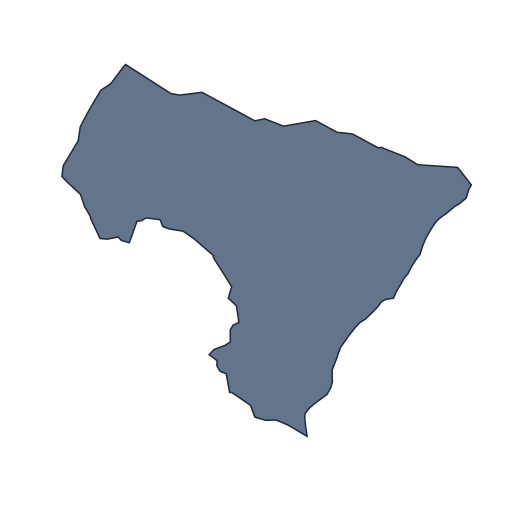 outline of Umuahia South, Abia, Nigeria, rotated 188°
{"feature_id": "59680162B33788323646847", "entity_name": "Umuahia South", "entity_type": "district", "adm_level": 2, "iso_a3": "NGA", "parent_name": "Nigeria", "parent_adm1": "Abia", "projection": "albers", "projection_center": [7.437, 5.501], "detail": "fine", "context": "isolated", "style": "filled", "palette": "slate", "viewbox_px": 512, "rotation_deg": 188, "n_neighbors": 0, "source": "geoboundaries", "source_scale": "gbopen_adm2", "svg_char_len": 1691}
<svg xmlns="http://www.w3.org/2000/svg" viewBox="0 0 512 512"><g transform="rotate(188 256 256)"><path d="M459.3,307.7L453.2,302.9L438.4,292.6L432.4,280.6L429.1,276.8L425.4,271.8L424.8,269.9L412.9,251.6L405.4,252.0L395.2,255.6L391.6,252.8L390.4,252.5L388.5,252.2L383.3,251.5L382.7,254.4L378.7,273.8L374.6,274.9L370.1,278.4L356.1,278.6L352.3,272.1L345.6,270.7L331.7,270.4L320.2,264.7L297.8,250.2L298.3,248.9L275.8,222.2L277.6,210.3L268.4,203.9L263.7,187.9L269.1,184.3L271.2,179.2L269.5,167.4L274.5,163.0L277.6,161.4L284.6,157.5L288.7,151.8L280.1,147.0L279.4,141.7L275.4,136.7L269.1,135.3L263.2,117.4L260.7,117.3L240.7,107.4L234.7,96.3L223.5,94.6L213.4,96.4L201.3,93.2L180.3,84.5L181.0,86.9L183.0,93.7L185.0,101.4L185.6,106.4L182.0,112.7L177.8,117.6L176.0,119.3L171.4,123.9L166.4,128.8L163.5,136.5L162.8,142.1L164.1,149.2L164.7,154.1L161.8,166.0L161.0,170.9L159.5,177.3L156.0,184.3L155.8,184.5L153.8,188.5L150.2,194.8L147.3,199.7L143.8,204.6L138.8,208.8L133.9,215.1L128.2,222.8L125.3,228.4L121.1,231.2L114.0,233.3L111.8,241.0L108.2,249.4L107.8,250.5L106.1,255.0L103.2,259.2L100.3,267.6L97.6,273.6L97.4,274.0L93.8,280.3L93.0,285.5L92.3,289.4L90.9,295.0L89.3,299.7L88.7,301.3L85.1,309.8L84.9,310.2L82.2,315.4L78.7,319.6L71.6,326.6L66.6,332.2L61.6,336.3L56.0,342.6L55.9,342.9L54.5,351.8L52.6,356.3L65.9,369.2L68.7,371.8L108.6,368.9L122.4,375.0L147.3,381.0L150.0,380.1L154.1,381.6L177.2,390.2L183.0,390.2L192.8,389.8L215.9,398.4L233.6,392.7L246.7,388.4L266.6,393.1L275.9,389.7L332.3,410.6L354.0,404.7L363.1,405.1L411.8,427.5L414.3,423.7L423.8,406.4L432.6,398.7L437.9,386.3L442.7,374.4L448.0,359.6L448.1,345.4L459.4,318.7L459.3,307.7Z" fill="#64748b" stroke="#1e293b" stroke-width="1.5"/></g></svg>